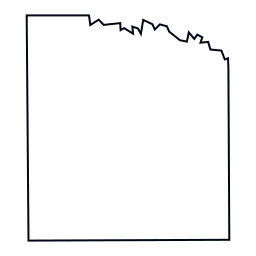 the district of Knox, Texas, United States of America
{"feature_id": "52423323B61031799743155", "entity_name": "Knox", "entity_type": "district", "adm_level": 2, "iso_a3": "USA", "parent_name": "United States of America", "parent_adm1": "Texas", "projection": "equal_earth", "projection_center": [-99.668, 33.617], "detail": "fine", "context": "isolated", "style": "outline", "palette": "ink", "viewbox_px": 256, "rotation_deg": 0, "n_neighbors": 0, "source": "geoboundaries", "source_scale": "gbopen_adm2", "svg_char_len": 498}
<svg xmlns="http://www.w3.org/2000/svg" viewBox="0 0 256 256"><path d="M28.5,240.6L229.3,239.8L228.4,67.8L228.0,58.3L224.8,59.4L221.4,50.6L210.4,49.5L208.1,41.9L200.5,42.7L202.3,37.3L197.3,34.6L194.3,38.9L188.8,32.4L186.9,41.6L179.9,40.2L169.2,31.6L166.9,26.3L159.9,24.4L154.8,29.5L152.5,24.3L143.2,19.9L140.9,33.8L138.0,28.5L132.3,26.6L133.1,33.7L124.1,28.1L120.6,30.1L120.2,23.1L103.7,24.9L98.7,19.7L90.3,25.0L89.0,15.4L26.7,15.4L28.5,240.6Z" fill="none" stroke="#020617" stroke-width="2"/></svg>